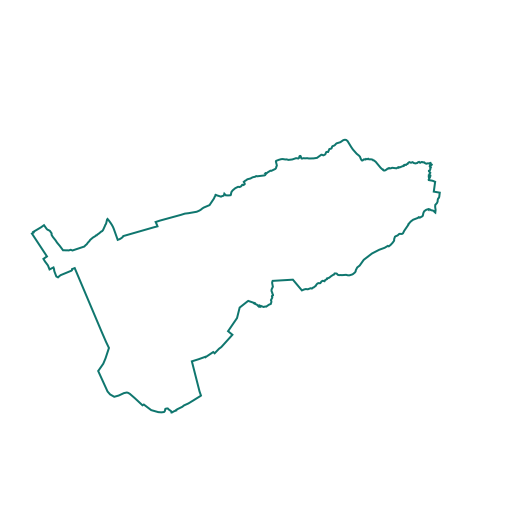 the district of Nicolae Balcescu, Bacau, Romania, rotated 157°
{"feature_id": "2599482B89029653208955", "entity_name": "Nicolae Balcescu", "entity_type": "district", "adm_level": 2, "iso_a3": "ROU", "parent_name": "Romania", "parent_adm1": "Bacau", "projection": "mercator", "projection_center": [26.867, 46.473], "detail": "fine", "context": "isolated", "style": "outline", "palette": "teal", "viewbox_px": 512, "rotation_deg": 157, "n_neighbors": 0, "source": "geoboundaries", "source_scale": "gbopen_adm2", "svg_char_len": 6030}
<svg xmlns="http://www.w3.org/2000/svg" viewBox="0 0 512 512"><g transform="rotate(157 256 256)"><path d="M128.4,328.1L129.3,328.4L130.5,328.5L133.9,327.8L137.8,328.2L138.5,328.0L140.0,327.3L141.0,327.1L142.7,327.2L143.4,326.7L144.4,325.6L145.1,325.5L146.6,325.8L149.0,323.6L150.3,324.2L150.9,324.1L152.5,322.5L154.5,322.3L155.1,322.7L155.8,323.5L156.3,323.7L161.5,322.5L165.0,323.4L169.2,325.1L170.6,326.0L172.6,326.7L174.1,327.5L175.6,327.7L176.0,328.0L176.1,328.4L175.9,330.0L176.0,330.7L176.3,330.9L176.8,330.9L177.3,330.5L178.0,329.5L178.9,329.2L180.9,330.4L184.9,330.7L188.6,331.8L190.1,333.0L191.3,333.4L193.5,334.8L195.0,335.3L197.4,335.6L200.3,335.7L200.8,335.1L200.9,334.5L201.4,331.3L201.6,330.9L202.4,330.3L202.8,329.6L203.4,329.0L204.2,328.6L208.6,328.4L209.4,328.9L212.7,328.4L214.2,327.9L214.3,328.3L214.7,328.6L215.0,328.5L214.6,328.1L214.8,327.7L216.0,326.9L216.8,326.9L223.8,328.9L224.6,329.5L226.0,329.3L227.8,329.7L229.4,329.7L230.7,329.5L234.0,330.0L235.3,329.6L236.6,329.5L238.3,329.0L238.1,327.4L238.2,326.8L238.4,326.5L239.8,326.2L240.4,326.8L240.9,326.9L241.8,326.3L242.9,325.9L244.2,325.9L244.9,326.4L245.6,326.7L248.7,326.5L251.9,325.5L253.6,324.5L254.5,323.3L255.1,322.3L255.6,321.9L257.4,322.4L260.0,323.6L260.8,325.7L261.7,324.6L262.3,324.2L264.4,324.4L265.0,324.3L268.1,326.9L269.2,328.1L269.5,328.0L269.6,327.5L270.7,326.8L272.3,325.3L278.9,321.0L285.2,321.0L286.9,320.7L289.0,320.1L291.0,319.9L293.3,319.9L301.5,321.8L304.9,322.8L309.0,323.2L330.4,326.1L335.1,326.5L335.0,323.1L335.1,321.8L339.3,322.4L370.4,326.2L371.0,325.7L372.7,325.1L374.8,324.8L377.0,324.9L376.3,336.6L376.3,338.7L376.5,340.8L376.9,343.1L377.5,345.8L378.2,348.1L378.8,347.8L381.4,344.3L382.7,343.4L383.0,343.0L386.6,339.7L387.9,339.0L388.8,339.0L391.7,338.1L393.7,337.7L394.5,337.3L395.1,337.5L396.0,337.1L398.9,336.7L402.4,335.6L403.6,334.8L405.5,334.0L407.3,332.9L408.8,332.5L410.3,331.8L422.8,332.8L424.1,334.1L426.1,334.3L431.4,336.7L432.7,342.1L433.9,346.0L434.4,348.8L435.6,353.1L435.9,355.4L435.3,356.7L435.9,359.6L437.0,361.1L437.6,361.6L438.1,362.7L439.1,367.2L442.8,366.4L451.7,365.2L451.6,364.5L453.5,364.2L448.6,337.3L452.8,336.4L452.4,333.5L451.2,328.6L451.3,324.3L446.9,324.6L447.0,322.7L447.3,322.2L447.6,320.5L447.8,315.2L446.6,313.7L444.9,314.3L443.4,314.7L431.7,314.6L431.0,314.8L430.5,315.8L427.6,315.7L427.7,247.0L427.6,235.6L427.3,228.8L434.5,220.6L438.7,216.5L446.2,211.8L445.6,189.3L444.4,185.6L441.5,181.8L437.0,181.2L431.1,181.4L428.2,180.8L427.1,179.9L426.0,178.4L423.3,172.9L418.8,162.9L417.3,163.1L412.7,155.1L407.0,150.5L404.1,149.0L401.9,148.4L401.3,148.4L400.4,149.0L399.3,150.6L398.9,150.7L397.3,150.4L396.7,150.0L396.4,149.0L394.9,146.5L394.7,145.9L395.0,145.0L394.7,144.8L392.2,145.1L389.9,145.0L389.9,145.4L388.3,145.7L382.7,146.0L380.7,146.6L375.8,146.7L362.0,148.8L361.2,149.0L360.9,153.4L356.2,184.1L349.2,183.4L341.9,183.0L341.9,182.6L332.9,184.3L332.1,182.6L326.2,185.1L323.6,185.7L321.2,186.8L308.5,192.7L311.1,197.7L297.7,206.3L291.2,214.9L281.7,217.5L280.7,217.7L276.8,214.2L276.6,214.0L276.5,213.5L276.2,213.4L276.1,213.1L275.5,213.2L275.3,212.8L275.5,212.2L274.1,210.7L273.6,209.2L273.3,208.7L272.9,208.7L272.6,209.4L272.4,209.4L272.2,209.3L272.0,208.7L271.8,208.6L272.2,208.0L271.9,208.0L271.7,207.7L271.4,208.1L271.0,208.1L268.9,206.1L267.2,205.9L266.4,205.4L263.2,206.1L261.1,206.1L259.8,207.7L259.5,208.5L259.5,209.5L257.4,211.2L257.1,211.7L257.2,212.4L257.1,212.7L256.7,213.1L255.7,213.2L255.5,213.8L255.6,215.2L255.4,215.8L255.4,217.5L255.0,218.7L254.3,219.5L252.5,221.1L251.7,224.8L251.3,225.6L250.4,226.6L231.3,219.8L227.2,206.4L224.8,206.4L223.0,206.1L221.7,205.3L221.2,205.1L218.4,205.0L217.3,204.2L216.3,204.6L215.3,204.5L212.4,205.3L211.7,206.0L210.3,206.6L209.2,206.7L208.6,206.3L207.4,205.9L205.6,207.0L204.2,207.1L202.8,206.0L201.7,206.8L199.6,207.0L199.4,207.6L197.1,207.4L194.7,208.1L192.3,208.5L191.6,208.4L190.5,209.2L189.2,208.7L188.5,208.1L188.1,206.8L187.0,205.9L185.5,205.4L184.4,204.8L180.5,203.5L178.8,202.2L177.5,201.7L174.7,201.4L173.7,201.5L171.4,202.2L170.4,202.8L169.7,203.9L167.3,205.9L164.3,206.7L158.3,210.4L148.2,213.0L140.1,213.6L134.4,213.3L130.7,213.8L130.0,213.0L127.8,213.6L125.3,214.7L123.4,215.8L122.8,216.3L122.2,217.6L120.6,219.4L119.9,219.6L117.6,219.6L115.7,220.3L115.2,220.3L113.3,219.4L112.5,219.3L111.8,219.5L109.7,221.3L103.4,225.3L103.4,225.7L100.0,227.3L97.2,228.0L92.0,227.8L91.1,228.2L90.8,228.1L90.6,227.8L90.6,227.6L90.3,227.3L89.9,227.3L87.2,227.6L86.4,228.3L85.2,230.1L83.8,231.4L82.0,231.9L81.2,232.0L79.7,231.9L79.3,231.7L79.0,231.1L78.6,231.6L77.8,231.0L76.9,229.7L75.7,228.9L74.8,228.1L74.4,226.6L74.0,225.9L72.7,228.2L71.9,231.2L71.0,233.0L68.8,234.0L67.6,235.1L66.7,236.8L65.8,237.8L64.9,238.1L64.2,238.9L62.1,242.5L67.2,245.8L62.1,254.3L64.1,256.3L67.3,258.4L67.3,258.7L66.5,259.4L66.3,259.9L66.2,260.3L65.6,260.1L65.2,260.4L65.4,261.4L65.9,261.7L65.6,262.3L65.2,261.8L64.2,261.6L64.0,262.0L64.6,263.0L64.4,263.5L64.2,263.8L63.1,264.4L63.0,264.6L63.7,266.4L63.5,266.9L62.4,267.0L61.6,267.8L61.4,268.5L60.6,269.0L61.0,269.8L60.9,270.1L60.3,270.3L60.3,270.6L60.8,271.0L60.1,271.8L58.9,271.2L58.5,271.4L58.6,271.7L59.0,272.3L59.0,273.5L60.7,273.7L62.1,274.3L62.9,274.3L63.7,274.9L64.3,275.7L64.4,276.2L64.7,276.6L65.6,276.8L65.9,277.3L66.8,277.8L68.5,277.7L69.1,278.9L70.1,279.0L71.1,278.6L73.0,278.9L74.4,279.9L75.2,281.2L76.9,281.3L78.2,282.5L79.8,282.1L80.5,281.5L81.7,281.6L82.3,281.2L82.8,281.4L83.3,281.8L84.4,281.8L84.6,281.2L85.0,281.1L85.9,281.4L89.1,281.4L89.6,281.9L90.3,281.6L90.6,282.1L92.4,281.8L96.2,284.0L97.2,284.0L98.6,284.3L99.0,284.9L99.4,285.0L99.9,284.7L100.5,285.0L101.0,285.0L101.8,284.6L103.4,284.4L104.1,284.4L105.0,284.8L105.4,285.4L105.3,286.0L106.0,286.7L106.8,288.5L109.0,295.9L110.1,297.9L110.8,298.3L111.0,299.1L112.4,300.1L114.2,300.8L114.7,301.7L116.1,301.7L116.8,302.4L117.8,302.1L118.7,302.8L120.6,302.3L121.3,302.7L121.6,304.6L121.5,306.6L121.9,308.0L123.4,310.8L125.2,316.2L125.8,319.2L126.8,326.0L127.6,327.5L128.4,328.1Z" fill="none" stroke="#0f766e" stroke-width="2"/></g></svg>